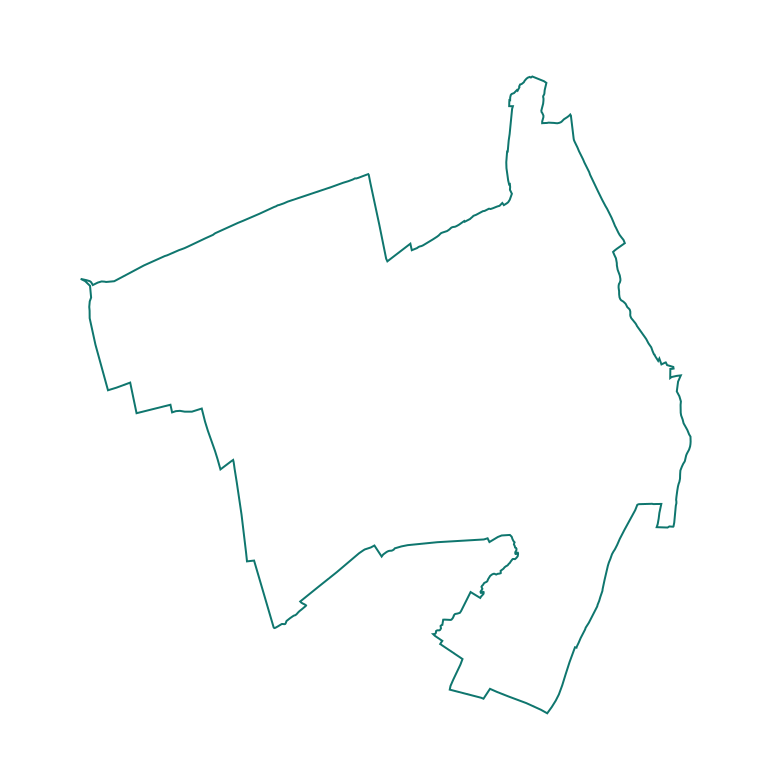 Oras Targu Frumos, Iasi, Romania (Natural Earth projection), rotated 274°
{"feature_id": "2599482B18034592271284", "entity_name": "Oras Targu Frumos", "entity_type": "district", "adm_level": 2, "iso_a3": "ROU", "parent_name": "Romania", "parent_adm1": "Iasi", "projection": "natural_earth1", "projection_center": [27.003, 47.228], "detail": "fine", "context": "isolated", "style": "outline", "palette": "teal", "viewbox_px": 768, "rotation_deg": 274, "n_neighbors": 0, "source": "geoboundaries", "source_scale": "gbopen_adm2", "svg_char_len": 6133}
<svg xmlns="http://www.w3.org/2000/svg" viewBox="0 0 768 768"><g transform="rotate(274 384 384)"><path d="M128.5,458.2L115.1,481.5L109.4,479.8L93.9,473.7L87.4,471.4L83.7,470.9L77.8,502.7L77.0,505.2L87.3,511.0L84.7,518.2L81.0,529.9L75.6,548.2L70.0,563.2L66.9,569.8L73.5,573.9L80.1,577.4L86.5,580.1L95.8,582.8L106.9,585.4L119.5,588.5L134.7,592.9L134.4,594.4L135.4,594.6L139.4,596.2L144.3,597.9L153.1,601.7L155.0,602.2L160.1,605.0L177.0,612.2L178.7,612.5L182.7,613.8L186.8,614.7L192.8,616.3L194.7,616.4L204.0,617.7L218.3,620.0L221.7,620.8L225.3,622.0L230.1,623.3L232.9,624.6L235.0,625.8L239.7,627.8L245.9,630.0L255.2,634.0L275.7,643.4L281.1,645.1L281.5,645.7L281.9,646.7L283.2,659.8L283.0,660.9L283.7,669.0L274.6,667.7L268.8,667.4L263.3,666.8L260.2,666.0L260.6,676.9L261.8,678.6L261.8,682.4L262.1,682.7L266.0,683.2L283.0,683.6L285.5,684.0L287.6,683.8L288.7,683.5L291.9,683.6L298.1,684.0L302.3,684.4L305.0,684.9L307.0,685.5L310.2,685.9L314.7,685.7L318.4,685.7L322.3,686.9L325.4,688.1L327.0,689.0L328.1,689.5L333.8,690.4L335.6,691.0L339.8,692.9L343.0,693.7L345.4,693.9L347.8,693.9L352.9,693.4L355.0,691.9L359.3,689.8L365.7,685.6L369.4,684.4L373.4,682.6L376.0,682.0L383.9,681.3L387.3,681.4L392.4,679.5L397.0,676.6L406.9,677.2L413.3,679.5L412.5,675.4L411.0,670.4L409.9,669.1L419.0,668.6L419.3,670.8L419.6,671.8L421.2,671.4L422.6,665.1L425.2,663.6L425.2,663.4L422.9,659.4L428.6,656.9L426.2,655.9L430.5,652.7L432.2,651.8L432.3,651.3L435.4,649.7L439.3,648.0L441.0,646.6L443.0,645.0L447.2,642.4L459.5,632.3L460.9,631.5L462.1,630.6L466.9,626.1L468.8,625.1L470.1,624.8L471.7,624.8L473.6,624.6L475.4,623.9L476.5,622.8L477.6,621.4L480.9,619.4L482.0,618.1L482.9,617.0L484.1,614.7L485.1,613.8L486.9,612.9L490.0,612.3L492.7,612.1L496.5,611.3L498.3,611.2L500.1,611.4L501.8,612.2L503.7,612.6L505.2,612.5L508.8,611.6L514.3,609.1L518.7,608.0L520.9,607.8L525.6,606.6L528.4,605.0L531.7,603.3L533.1,604.6L535.0,606.7L541.3,614.4L544.4,612.9L546.8,610.7L549.1,608.7L551.2,607.3L556.4,604.3L557.8,603.4L560.5,602.1L565.8,599.4L574.4,594.3L577.0,592.5L583.1,588.7L591.2,584.0L607.1,575.0L609.7,573.9L619.0,568.4L622.0,566.9L629.8,562.3L633.4,560.5L639.3,557.1L640.8,556.4L641.9,556.1L663.8,551.9L664.6,551.8L665.8,551.0L664.5,549.9L663.0,548.2L660.6,545.0L658.1,542.9L657.4,542.0L656.7,540.5L656.2,538.7L656.2,537.3L656.3,535.3L656.2,529.8L655.8,528.5L655.4,524.9L655.2,523.6L657.0,523.5L661.3,524.4L662.9,524.3L665.2,523.1L666.3,522.2L667.8,521.9L674.8,523.2L677.9,523.3L679.8,523.2L681.6,522.7L682.5,522.8L683.7,523.4L684.7,523.7L688.4,523.8L695.7,525.0L697.2,522.5L701.1,510.5L700.0,509.2L700.1,508.6L700.5,508.0L699.7,506.2L698.6,504.9L696.4,503.2L694.7,502.4L692.8,500.3L692.3,498.9L690.3,498.1L689.5,498.4L685.9,496.8L686.5,496.1L683.3,493.4L682.2,491.1L681.1,490.3L678.7,489.9L675.9,490.0L676.0,489.3L674.1,489.3L669.9,489.5L670.1,493.2L667.4,492.6L642.1,491.9L635.5,491.4L624.5,491.2L624.5,490.6L613.8,490.5L607.9,491.1L595.6,493.7L591.8,494.9L592.2,495.6L589.3,496.1L586.5,496.1L582.7,498.3L576.6,496.6L574.0,495.2L572.8,493.9L570.8,491.1L572.8,489.4L569.8,486.8L569.0,484.6L566.9,480.3L566.0,478.1L566.2,476.5L563.7,472.3L563.3,470.6L559.2,464.1L558.0,461.5L556.7,460.4L556.2,459.8L554.6,458.3L551.5,453.2L552.2,452.7L548.0,447.5L546.5,445.2L545.8,443.8L545.5,442.2L545.1,441.0L544.5,440.1L542.7,438.4L541.0,436.3L539.0,431.4L538.3,430.2L536.0,428.2L534.6,426.6L531.6,422.6L525.0,413.2L524.2,411.7L523.8,410.3L523.1,408.9L521.9,407.5L519.4,402.4L525.8,400.5L506.6,378.8L509.2,377.4L542.2,368.3L583.5,356.4L591.6,354.2L592.3,353.6L587.9,344.1L587.1,342.0L587.1,340.7L585.8,338.6L583.8,334.2L581.9,329.2L576.8,317.7L559.2,275.2L557.2,271.4L555.3,267.0L554.8,265.4L553.7,263.8L552.9,262.0L545.1,247.8L536.9,231.9L534.6,227.2L522.9,205.6L522.2,204.5L520.9,203.1L516.7,195.3L507.5,179.0L505.6,175.5L504.1,172.2L503.3,170.3L497.2,158.6L496.3,156.3L485.5,136.2L467.7,107.7L466.4,99.7L466.6,98.1L466.6,95.1L465.2,91.4L462.4,86.6L464.8,85.0L465.5,84.3L466.1,83.2L466.8,80.0L467.7,74.1L465.8,78.7L461.4,83.9L449.8,85.8L445.9,84.7L440.3,84.6L436.6,85.2L429.1,85.8L403.1,93.4L358.5,109.1L361.7,117.4L367.7,130.7L337.6,139.2L348.4,172.4L340.9,174.6L342.4,178.3L343.0,182.3L342.5,187.2L343.0,194.3L346.8,203.9L334.0,208.1L325.2,211.5L305.4,220.1L297.7,223.1L287.4,226.8L296.2,236.9L297.7,238.8L295.8,239.4L293.2,240.0L289.3,240.8L275.5,244.0L243.7,251.0L206.0,258.2L197.5,259.7L198.8,266.7L133.5,290.9L132.9,291.6L133.2,292.6L134.9,295.2L137.2,298.4L137.5,299.0L137.5,301.6L137.7,302.1L138.2,302.5L140.8,303.3L143.9,306.7L146.0,309.3L146.8,310.5L147.2,311.7L148.2,312.8L150.4,314.5L151.7,315.7L153.5,317.7L157.2,321.5L157.7,321.7L158.5,320.4L159.3,318.4L160.1,316.8L161.2,315.6L177.1,332.7L193.0,350.0L213.4,370.9L216.5,374.8L217.6,376.3L220.0,382.2L222.2,385.7L211.7,393.7L213.9,395.1L216.6,398.3L217.1,399.1L217.6,400.0L218.0,401.1L218.2,402.9L218.6,404.0L219.5,405.3L220.8,406.2L223.2,412.7L224.9,418.9L229.9,448.2L235.9,494.5L237.3,498.1L233.7,500.2L239.3,508.2L241.1,511.9L242.2,520.1L240.6,522.0L238.0,523.1L236.1,524.3L235.2,525.3L234.4,525.0L233.0,524.8L231.8,525.6L230.0,526.2L229.7,527.1L228.7,527.7L227.2,527.6L225.4,526.7L224.1,526.8L223.6,527.1L223.6,527.6L225.0,528.7L225.1,529.2L224.7,529.5L223.6,529.6L221.6,529.4L220.6,528.8L219.3,527.8L218.4,526.8L218.5,525.7L218.3,524.5L215.8,522.8L214.3,522.0L213.2,520.9L212.3,520.4L211.6,519.8L210.8,518.5L209.5,517.0L208.1,516.1L205.8,513.4L204.4,513.6L203.4,513.6L202.9,512.3L202.5,510.4L201.8,509.4L201.9,508.6L202.4,507.6L202.3,506.5L201.5,505.0L200.0,503.3L196.6,501.5L194.5,500.8L193.8,500.1L192.6,498.0L192.0,497.5L190.7,496.9L189.4,495.8L188.5,495.4L187.4,495.9L186.7,496.4L186.1,496.3L183.6,494.8L182.7,495.0L182.4,495.2L182.5,496.2L183.6,497.3L183.4,497.9L182.3,498.0L181.4,497.8L178.8,495.7L177.3,494.9L182.5,484.9L162.8,476.7L161.0,475.6L160.1,473.2L159.6,471.2L159.2,470.6L158.0,469.8L157.7,469.9L155.2,468.9L153.6,467.7L153.3,466.8L153.2,461.1L153.0,459.5L147.8,459.0L147.6,458.3L146.5,457.3L144.2,457.9L142.6,457.1L142.1,456.4L142.0,454.3L141.2,453.2L139.3,453.1L138.2,452.3L137.9,450.5L136.3,452.4L131.8,460.1L130.4,459.2L128.5,458.2Z" fill="none" stroke="#0f766e" stroke-width="2"/></g></svg>